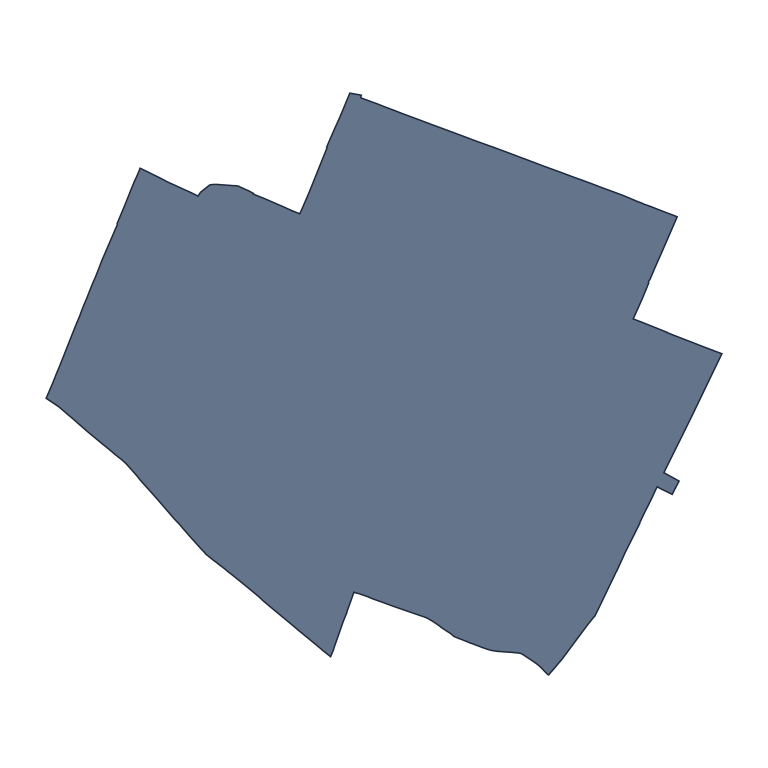 Pogoanele, Buzau, Romania
{"feature_id": "2599482B73439197946852", "entity_name": "Pogoanele", "entity_type": "district", "adm_level": 2, "iso_a3": "ROU", "parent_name": "Romania", "parent_adm1": "Buzau", "projection": "mercator", "projection_center": [26.983, 44.903], "detail": "fine", "context": "isolated", "style": "filled", "palette": "slate", "viewbox_px": 768, "rotation_deg": 0, "n_neighbors": 0, "source": "geoboundaries", "source_scale": "gbopen_adm2", "svg_char_len": 4259}
<svg xmlns="http://www.w3.org/2000/svg" viewBox="0 0 768 768"><path d="M548.7,674.9L550.9,672.2L553.0,669.9L555.3,667.2L556.9,665.3L558.2,663.7L559.3,662.4L560.6,660.9L562.1,659.2L562.8,658.2L564.2,656.3L567.1,652.4L582.5,631.7L587.2,625.4L588.6,623.6L593.4,617.6L594.7,616.3L597.3,611.2L604.2,596.9L614.8,574.8L616.2,571.8L616.5,571.6L616.8,571.1L617.0,570.6L617.5,569.4L618.1,568.2L618.6,567.1L619.5,564.9L620.0,563.9L622.0,559.5L622.8,557.8L623.2,556.9L623.6,556.1L624.7,553.5L639.8,523.4L639.9,522.4L645.4,510.9L648.6,504.7L649.7,502.5L651.3,499.2L652.6,496.6L653.9,493.6L655.4,490.4L657.2,486.8L660.8,488.8L672.2,494.4L674.6,489.7L679.1,481.1L663.9,472.7L674.9,450.4L679.6,441.0L689.5,420.9L691.6,416.7L711.5,375.3L718.7,360.4L721.1,355.4L721.7,354.1L721.9,353.7L717.8,352.2L715.7,351.4L699.9,345.4L686.8,340.3L674.4,335.5L666.9,332.5L667.0,332.3L643.8,323.0L633.2,318.9L637.9,308.6L641.4,300.6L642.4,298.4L648.7,283.1L648.5,281.5L649.9,279.6L652.6,273.3L652.8,272.9L654.4,269.0L654.9,267.8L655.5,266.5L662.1,251.6L672.7,227.2L677.2,216.8L676.5,216.5L674.5,215.7L670.8,214.3L667.0,212.9L657.2,209.1L652.5,207.2L643.9,204.1L642.5,203.4L636.5,201.1L623.5,195.6L612.2,191.4L604.0,188.4L589.3,182.8L584.9,181.2L584.4,181.0L574.3,177.4L562.6,173.0L553.3,169.6L543.1,165.9L530.2,161.0L517.9,156.4L516.6,155.9L491.8,146.6L490.1,146.1L478.7,142.0L474.9,140.6L445.5,129.6L430.8,124.2L410.8,116.7L405.9,114.9L401.9,113.4L395.0,110.7L386.8,107.6L383.6,106.4L378.2,104.2L371.0,101.6L367.3,100.2L363.9,99.0L361.7,98.1L360.7,97.7L360.7,97.2L361.4,95.2L356.4,94.3L349.8,93.1L349.5,93.9L342.1,111.8L339.6,117.7L335.2,127.4L330.5,138.1L326.6,147.2L327.0,147.8L326.5,149.2L326.3,149.6L319.7,166.0L309.4,191.7L302.6,207.5L299.7,213.8L298.3,213.2L292.9,211.0L292.6,211.2L292.4,210.9L284.3,207.2L263.8,198.3L254.0,194.4L253.2,193.9L253.4,193.4L249.1,191.0L244.3,188.9L242.2,187.9L240.5,187.2L239.0,186.3L237.8,186.0L236.9,185.9L235.8,185.7L234.2,185.7L227.5,185.2L216.8,184.4L214.3,184.4L211.8,184.6L210.1,184.8L209.4,185.2L203.2,190.1L201.9,191.2L200.5,192.3L198.0,196.1L197.3,195.8L197.1,195.6L195.0,194.6L194.5,194.3L192.9,193.5L189.3,191.8L184.1,189.5L175.0,185.3L168.1,182.2L166.9,181.6L158.7,177.3L141.6,168.9L140.1,168.2L139.0,171.0L137.0,175.8L136.8,176.1L136.7,176.5L136.2,177.5L136.0,177.9L135.7,178.6L134.3,181.6L132.1,186.9L130.2,191.6L129.0,194.7L128.8,195.2L128.5,196.0L127.7,197.9L125.5,203.5L117.5,222.7L117.1,223.7L117.3,224.8L115.5,228.8L111.0,239.3L107.1,248.3L103.8,256.0L101.1,262.3L101.0,262.8L95.5,276.9L93.0,282.5L91.4,286.4L88.5,293.7L86.7,298.4L83.5,305.8L81.5,311.0L79.8,315.7L76.1,324.4L66.8,347.9L63.9,355.3L59.3,366.8L56.1,374.4L55.1,377.1L52.3,383.9L49.3,391.0L46.1,398.3L58.4,406.5L58.9,406.9L65.1,412.2L68.7,415.3L71.8,417.9L72.7,418.6L77.6,423.0L83.7,428.3L86.2,430.5L87.7,431.8L90.8,434.4L96.5,439.1L103.3,444.7L108.4,448.8L115.3,454.7L121.3,459.4L125.7,463.3L126.5,464.2L127.4,465.2L131.8,470.1L135.0,473.7L136.2,475.0L140.0,479.8L142.0,482.1L154.1,495.6L156.5,498.3L174.7,519.4L179.9,524.8L182.8,528.3L186.8,532.9L189.8,536.4L192.8,539.7L196.6,543.9L201.5,549.4L205.1,553.1L205.4,553.8L213.2,560.1L216.1,562.2L217.8,563.6L219.6,565.0L222.3,567.0L225.7,569.7L228.6,572.2L231.3,574.2L247.1,587.0L258.8,596.7L263.6,601.2L273.0,609.1L280.0,614.9L293.6,626.2L299.2,631.0L303.0,634.0L304.3,635.2L308.3,638.4L313.4,642.6L317.0,645.5L320.4,648.4L323.1,650.8L323.9,651.4L330.6,656.7L333.6,649.6L333.9,648.4L334.0,647.9L339.3,632.8L343.3,621.3L346.5,613.5L346.5,613.4L346.8,613.0L346.6,612.7L350.8,601.1L353.9,592.2L354.9,592.7L355.1,592.7L358.8,593.6L363.3,595.2L363.6,595.3L365.4,595.9L366.7,596.3L372.8,598.9L380.5,601.6L385.8,603.5L390.6,605.3L392.7,606.1L401.1,609.0L419.9,615.5L421.2,615.9L424.1,616.9L427.1,618.1L432.1,621.0L435.1,622.9L439.3,625.8L441.4,627.6L444.2,629.4L446.2,630.8L450.0,633.1L453.7,636.2L454.5,636.7L455.4,637.1L457.9,638.1L458.2,638.3L460.6,639.1L464.9,640.8L468.0,642.1L471.1,643.4L471.9,643.5L477.1,645.6L478.2,645.9L481.7,647.3L487.1,649.2L487.8,649.4L490.9,650.3L491.8,650.5L498.3,651.5L498.3,651.4L504.3,651.9L513.6,652.5L514.1,652.7L516.9,652.8L520.2,653.3L521.5,653.8L523.1,654.7L530.2,659.4L536.1,663.4L539.1,665.8L540.7,667.3L547.7,674.5L548.7,674.9Z" fill="#64748b" stroke="#1e293b" stroke-width="1.5"/></svg>